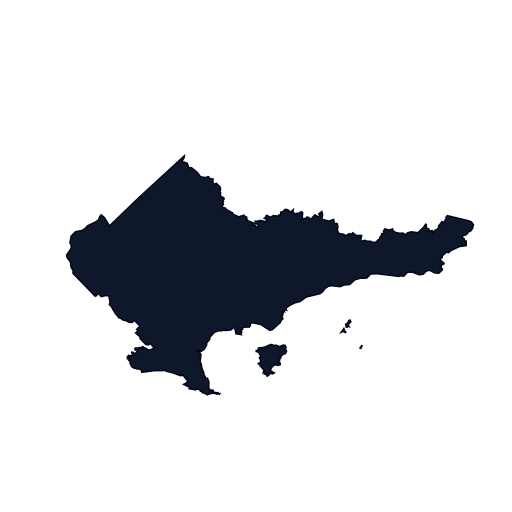 Townsville, Queensland, Australia, rotated 130°
{"feature_id": "25037944B93557893838922", "entity_name": "Townsville", "entity_type": "district", "adm_level": 2, "iso_a3": "AUS", "parent_name": "Australia", "parent_adm1": "Queensland", "projection": "orthographic", "projection_center": [146.799, -19.352], "detail": "fine", "context": "isolated", "style": "filled", "palette": "ink", "viewbox_px": 512, "rotation_deg": 130, "n_neighbors": 0, "source": "geoboundaries", "source_scale": "gbopen_adm2", "svg_char_len": 6158}
<svg xmlns="http://www.w3.org/2000/svg" viewBox="0 0 512 512"><g transform="rotate(130 256 256)"><path d="M420.3,277.1L419.7,277.0L419.0,274.6L417.2,272.1L417.3,270.3L418.5,268.7L409.3,260.3L403.4,253.3L402.0,252.4L402.1,250.8L398.8,244.2L396.3,237.0L395.4,236.2L394.5,236.6L393.9,235.8L394.2,234.7L394.4,236.0L394.8,235.5L394.3,234.5L395.3,230.5L394.8,229.6L395.9,228.3L397.4,227.6L400.9,229.0L399.4,222.8L399.7,221.8L400.6,221.8L397.2,216.0L396.0,215.9L395.3,215.0L394.7,212.4L395.3,211.8L394.7,209.7L395.2,208.9L394.3,207.9L393.7,204.1L390.1,202.0L387.7,199.4L387.1,197.2L385.9,196.6L385.7,195.3L384.7,195.3L385.3,196.0L385.1,197.5L386.4,198.6L387.5,201.6L386.4,202.6L388.1,204.9L387.5,207.3L382.8,211.1L380.8,214.5L382.0,216.3L380.8,217.8L380.8,219.3L379.5,220.2L376.4,225.7L373.7,228.9L373.4,230.4L366.8,234.9L365.8,238.2L366.0,240.5L365.1,239.8L364.4,236.7L360.8,235.7L356.1,236.5L354.3,237.9L349.9,237.8L347.7,239.1L341.2,238.8L337.1,236.3L334.8,233.7L334.0,233.7L332.5,231.3L328.9,227.8L324.9,226.8L324.7,226.1L328.5,221.4L325.8,216.9L325.6,217.9L324.7,216.9L325.3,217.8L324.2,220.5L323.7,219.5L323.2,220.3L323.6,219.1L322.6,219.4L324.0,217.2L322.6,219.4L320.3,219.3L319.7,220.3L318.1,219.4L314.9,215.5L312.9,215.5L311.5,217.0L309.2,215.5L305.4,208.3L304.1,197.6L301.8,196.1L291.5,194.6L288.8,195.4L286.8,195.0L285.8,197.1L284.0,197.4L283.6,198.6L281.9,198.4L281.1,199.3L280.4,198.4L280.1,199.2L278.2,198.8L277.9,198.0L277.6,199.0L275.3,199.3L271.1,198.0L266.4,195.8L262.8,193.1L255.1,191.1L243.8,182.8L240.8,182.0L236.3,182.2L232.6,181.1L230.2,179.0L225.4,171.8L221.8,170.0L217.6,165.9L210.8,165.0L205.9,161.8L202.4,157.6L201.2,156.9L196.1,156.6L191.6,151.6L179.5,133.0L178.5,132.9L176.5,129.8L171.0,129.5L168.0,126.0L165.3,118.6L162.3,116.1L158.6,115.9L156.2,114.8L154.8,112.1L154.4,108.9L151.9,104.9L146.8,104.3L146.1,104.9L146.0,106.9L143.7,108.2L141.6,107.0L140.7,107.2L140.4,108.4L141.0,109.8L139.7,113.5L137.5,112.3L136.0,113.5L132.2,112.7L131.1,113.3L129.7,110.7L125.9,109.9L118.0,106.2L113.0,101.6L109.4,104.6L110.3,105.7L109.0,107.7L109.3,110.6L107.5,110.4L104.3,108.5L100.8,108.7L99.0,107.6L95.9,107.8L92.2,109.5L91.4,112.9L92.4,115.9L102.1,135.4L104.3,135.4L105.1,133.9L106.4,134.5L107.9,133.5L110.1,134.3L110.0,135.6L115.8,135.4L115.9,134.3L119.8,134.6L121.0,135.4L123.3,135.2L124.7,134.3L124.9,135.1L123.4,136.3L123.3,137.5L126.5,139.7L124.9,140.0L124.2,140.9L125.1,143.4L122.6,145.5L122.6,146.5L126.2,146.1L134.1,147.0L137.6,152.6L141.0,154.9L144.0,155.1L143.8,157.9L146.4,160.8L148.3,164.5L148.6,167.2L147.4,168.8L150.4,170.6L152.4,174.7L155.0,174.4L156.8,172.1L158.0,174.1L159.9,173.0L161.9,173.3L163.6,172.1L164.7,172.8L168.3,173.1L170.3,174.9L171.1,177.8L173.3,180.4L173.9,182.6L176.8,184.6L176.5,185.9L172.4,188.3L175.8,192.3L176.0,196.9L178.2,196.9L178.9,199.0L182.6,200.1L183.3,203.5L185.4,206.5L184.3,210.0L181.3,211.8L179.1,214.3L179.4,215.5L181.0,216.5L178.1,220.1L182.4,222.6L185.5,229.2L181.5,231.5L179.6,234.2L183.3,235.0L183.8,233.3L185.9,233.2L186.6,237.4L193.0,237.6L192.6,240.5L193.4,242.0L195.6,242.3L197.0,244.0L199.9,244.5L196.9,245.2L192.9,248.0L192.8,249.7L195.7,250.7L197.5,252.5L198.6,252.2L198.6,256.1L196.6,257.2L199.8,257.6L200.5,261.0L200.1,261.4L201.6,263.7L205.1,264.0L206.5,265.3L208.6,263.7L210.1,264.9L211.4,264.7L212.7,267.3L213.8,267.4L213.8,268.7L217.1,269.8L217.9,273.9L218.6,274.1L219.0,272.9L219.9,273.7L221.9,273.9L220.8,271.1L223.6,270.7L225.7,275.3L226.8,275.3L227.2,276.7L228.3,277.0L229.9,279.0L230.5,277.7L232.0,278.3L230.9,276.2L230.8,274.2L233.2,273.1L233.6,274.3L232.9,276.3L234.6,278.7L232.9,278.5L232.4,279.4L234.6,286.1L233.8,286.0L233.6,287.1L232.2,288.0L232.9,289.7L232.3,291.4L237.7,294.9L237.4,296.2L238.9,300.8L238.0,301.3L239.4,308.7L239.0,310.6L240.5,312.7L239.8,313.7L237.2,314.3L236.4,315.7L235.4,315.8L235.3,316.7L232.5,317.2L232.1,318.4L233.0,320.9L231.7,323.1L230.3,323.6L230.1,325.1L228.2,325.5L228.2,326.2L226.5,327.1L226.1,328.6L225.8,333.1L228.1,334.3L226.8,337.0L224.6,338.2L226.7,342.0L225.8,342.7L225.9,343.7L228.3,345.0L230.6,348.8L230.8,350.3L229.7,354.5L229.8,362.2L231.6,364.2L229.1,368.3L230.3,371.5L231.2,372.1L230.7,373.6L227.1,374.2L225.3,375.3L286.7,383.3L327.1,387.6L324.0,396.8L323.9,401.0L325.9,401.1L329.6,399.9L333.3,400.9L341.1,404.5L344.9,404.6L348.4,405.8L353.2,409.8L359.6,410.4L365.6,407.0L366.5,404.4L368.8,402.6L377.0,401.7L378.6,399.8L379.9,394.3L383.3,390.8L384.9,386.6L386.9,385.1L390.2,353.4L389.1,352.7L386.2,353.2L386.6,348.4L383.1,345.8L381.1,343.2L385.2,338.2L387.5,337.1L387.6,334.8L390.3,327.4L391.5,320.9L390.8,320.2L390.4,316.1L389.5,315.2L388.3,310.4L386.2,307.9L384.1,308.6L383.7,305.9L384.3,299.8L388.9,300.3L389.1,298.4L392.4,298.8L392.5,292.6L393.8,291.8L394.6,283.6L394.3,282.6L393.2,282.5L393.3,281.2L391.1,281.0L391.6,275.4L394.0,275.7L396.9,277.4L398.3,284.7L398.9,284.8L399.1,283.3L400.2,283.4L400.2,285.3L401.4,286.9L402.4,286.9L403.6,289.0L405.1,289.2L405.7,288.0L403.5,286.3L406.9,285.7L409.2,286.2L408.7,287.9L409.4,289.3L410.2,288.9L410.3,287.7L412.6,286.8L413.8,289.6L415.0,289.6L415.0,288.1L415.8,289.8L417.5,288.5L416.1,286.6L417.7,286.5L417.8,284.2L419.3,283.4L420.6,280.2L420.3,277.1ZM334.6,171.1L331.8,172.4L328.5,172.1L326.5,170.9L325.9,169.0L323.7,167.6L322.3,168.9L322.8,169.6L321.9,170.9L320.6,170.8L319.2,171.8L318.2,171.5L318.0,172.1L314.7,172.4L312.0,170.8L309.4,171.3L308.4,173.6L306.5,174.4L305.7,176.3L306.8,178.0L310.3,179.7L311.4,183.3L312.7,184.4L314.2,187.8L320.6,191.0L324.9,195.0L326.8,193.8L328.3,195.1L329.1,194.4L328.0,192.4L329.9,187.4L331.6,188.2L333.0,185.5L335.0,183.9L336.7,185.3L337.3,184.8L336.0,183.2L337.6,182.3L336.7,181.2L337.8,180.6L338.4,176.3L340.9,175.5L338.9,174.1L339.4,173.3L340.9,173.5L339.7,171.7L340.9,171.0L340.7,170.0L338.8,169.6L338.1,170.6L337.0,169.3L336.2,169.8L335.8,167.6L333.7,166.8L334.6,171.1ZM245.8,143.5L248.3,142.7L250.7,143.5L252.5,141.1L252.1,140.4L251.0,140.6L250.3,139.2L249.9,140.4L248.2,141.4L245.5,140.9L244.6,142.8L245.8,143.5ZM256.2,138.8L256.6,139.7L255.1,142.1L259.7,141.7L257.2,140.5L257.6,139.1L257.0,138.2L256.2,138.8ZM256.0,117.2L259.2,117.5L259.8,116.7L259.2,116.2L256.0,117.2Z" fill="#0f172a" stroke="#020617" stroke-width="1.5"/></g></svg>